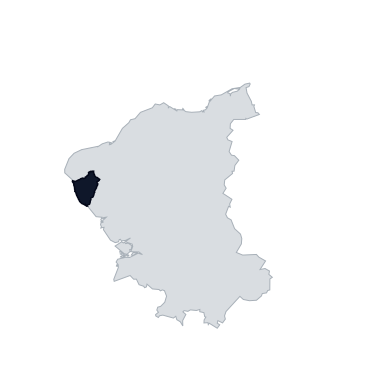 Ceará highlighted on a map of Brazil, rotated 215°
{"feature_id": "BRA-621", "entity_name": "Ceará", "entity_type": "State", "adm_level": 1, "iso_a3": "BRA", "parent_name": "Brazil", "parent_adm1": "", "projection": "orthographic", "projection_center": [-39.568, -5.32], "detail": "fine", "context": "in_parent", "style": "filled", "palette": "ink", "viewbox_px": 384, "rotation_deg": 215, "n_neighbors": 0, "source": "natural_earth", "source_scale": "10m", "svg_char_len": 7442}
<svg xmlns="http://www.w3.org/2000/svg" viewBox="0 0 384 384"><g transform="rotate(215 192 192)"><path d="M110.1,97.2L113.1,100.0L117.0,98.4L118.2,100.3L120.4,97.5L125.7,94.5L126.9,91.9L130.4,90.3L130.7,88.6L126.8,88.2L125.9,81.3L122.7,77.0L127.1,79.0L131.2,78.7L134.0,80.9L134.9,78.1L145.3,74.4L147.6,72.0L147.6,69.9L150.6,69.7L151.5,70.7L150.5,74.2L153.1,75.1L154.0,78.0L152.1,80.3L151.1,86.1L153.1,92.1L158.0,95.4L160.1,94.8L161.2,92.9L163.1,93.2L168.8,89.9L176.0,90.7L174.9,88.1L176.0,86.4L177.4,87.1L182.2,85.7L187.5,88.7L189.8,87.1L194.8,88.1L204.5,74.2L206.0,75.6L209.1,88.1L210.7,90.1L214.0,91.1L214.3,94.3L208.8,100.5L205.5,102.6L201.0,111.0L196.7,112.3L201.2,112.4L207.9,108.0L209.3,113.4L211.1,115.0L218.1,113.0L216.0,119.1L218.7,114.2L221.9,111.4L223.5,112.2L224.3,111.3L223.6,109.1L225.8,106.5L231.2,105.8L242.9,110.3L243.8,112.6L245.4,111.0L248.2,112.8L248.9,114.7L247.5,116.1L248.1,116.8L249.6,115.5L249.9,116.8L248.6,118.1L247.7,122.3L249.6,120.5L250.9,117.5L251.2,119.7L256.4,116.8L268.8,120.3L278.6,119.9L288.3,125.5L296.7,133.3L307.2,134.7L309.3,137.6L311.9,148.8L310.8,156.1L306.7,163.4L295.3,175.4L295.3,174.5L293.2,179.9L289.6,184.7L288.0,185.5L286.8,183.3L285.8,184.4L284.2,189.5L285.5,204.2L283.5,212.5L283.8,215.9L280.7,219.4L279.9,227.7L272.8,238.2L272.6,243.0L268.3,244.9L266.4,248.9L260.9,249.0L259.7,247.5L259.3,249.2L250.9,249.7L251.3,251.0L246.1,254.3L243.1,254.3L238.0,257.1L231.7,262.1L230.6,264.4L229.4,263.6L229.0,264.6L227.5,264.2L229.5,265.5L228.1,267.1L227.8,269.7L229.4,275.3L228.6,283.6L223.7,288.4L218.4,299.6L213.0,304.8L212.6,303.1L216.7,301.0L219.8,294.8L219.7,293.7L217.3,294.4L215.5,292.5L216.5,294.4L216.1,296.7L212.8,300.5L212.0,303.4L212.5,305.1L210.5,310.7L207.2,314.3L206.3,313.8L205.8,311.0L207.6,308.5L203.7,304.6L195.4,300.3L192.7,297.8L190.8,299.2L190.3,297.5L185.4,293.6L183.5,294.7L181.3,294.2L188.9,283.2L190.1,283.2L189.7,282.2L199.4,275.4L199.7,269.9L197.3,266.0L193.8,266.1L194.9,256.7L192.5,255.3L188.1,256.3L184.8,246.4L180.8,244.8L178.1,246.1L171.9,244.9L172.1,238.3L169.5,233.2L171.1,231.9L169.4,230.5L172.1,220.7L169.7,216.3L166.2,214.7L165.9,208.6L155.1,208.9L154.3,203.8L152.0,201.5L153.8,201.3L151.7,193.1L148.2,191.2L144.0,191.6L136.1,186.4L128.1,185.3L124.5,182.4L121.8,177.8L121.0,167.9L114.3,169.4L103.4,177.8L99.9,177.0L92.2,177.7L91.8,167.5L88.3,171.2L83.2,171.7L81.8,168.6L77.3,168.2L78.3,165.4L72.1,156.4L73.5,154.7L73.1,152.1L76.2,149.1L75.5,146.7L77.1,140.3L82.6,135.9L88.3,133.4L92.9,134.0L95.6,113.6L94.3,109.2L91.8,107.0L91.9,102.3L97.0,101.5L96.1,99.0L93.1,99.1L93.2,94.9L102.6,94.4L102.6,92.7L104.0,94.1L107.1,91.6L108.7,94.2L108.9,97.5L110.1,97.2ZM212.1,102.6L224.0,103.6L221.1,110.8L219.0,110.9L218.6,112.2L216.8,111.6L214.9,113.5L210.4,113.5L208.8,110.0L210.0,109.1L208.6,107.8L209.5,103.7L212.1,102.6ZM202.0,111.4L203.8,106.3L205.6,105.5L205.5,108.6L202.0,111.4ZM215.3,100.1L214.2,102.0L211.5,101.6L211.9,100.4L215.3,100.1ZM211.3,98.1L210.8,102.0L209.7,101.6L211.3,98.1ZM217.2,102.5L215.5,102.8L214.7,102.5L216.8,101.3L217.2,102.5ZM209.5,102.8L207.7,104.1L207.0,103.4L208.3,102.3L209.5,102.8ZM212.7,99.3L211.8,98.5L213.3,97.7L213.4,98.5L212.7,99.3ZM211.8,89.3L210.8,89.5L210.6,88.1L211.5,88.0L211.8,89.3ZM230.0,278.7L229.6,277.6L230.3,276.5L230.5,276.8L230.0,278.7ZM247.1,253.9L247.4,255.2L246.2,254.9L247.1,253.9ZM228.8,270.5L228.3,269.8L229.0,269.1L229.3,269.3L228.8,270.5ZM249.3,119.7L248.5,121.2L249.3,119.1L249.3,119.7ZM287.3,185.7L286.2,186.1L286.9,185.0L287.3,185.7ZM253.9,250.2L252.8,250.6L252.5,250.4L253.2,249.8L253.9,250.2ZM285.4,188.3L284.9,189.1L284.7,188.6L285.4,188.3ZM246.0,109.7L246.1,110.5L245.8,110.4L246.0,109.7Z" fill="#d9dde1" stroke="#a8b0b8" stroke-width="1"/><path d="M270.3,120.9L270.3,120.7L270.2,120.5L270.2,120.3L270.1,120.2L269.9,120.2L270.1,120.0L270.6,120.0L270.8,120.0L271.0,120.0L271.3,120.2L271.2,120.0L271.3,120.0L272.3,119.9L272.5,120.0L272.6,119.9L272.9,119.9L273.0,120.0L273.4,119.8L273.5,119.8L274.6,119.7L275.0,119.5L275.1,119.4L275.3,119.4L275.8,119.5L276.6,119.5L277.2,119.6L277.3,119.6L277.4,119.8L277.5,119.8L277.6,119.7L277.8,119.7L278.0,119.8L278.4,119.8L278.5,119.8L279.0,120.1L279.3,120.2L279.6,120.6L279.8,120.6L280.1,120.8L280.1,121.0L280.3,121.0L280.3,120.9L280.5,120.9L280.7,121.0L280.9,121.0L281.2,121.4L281.7,121.6L282.3,122.0L282.6,122.0L282.8,122.1L283.0,122.3L283.6,122.7L283.8,122.9L284.1,122.9L284.1,123.0L284.3,123.1L284.5,123.3L284.8,123.3L285.0,123.4L285.2,123.5L285.3,123.7L285.4,124.1L285.6,124.0L285.8,124.2L286.1,124.3L286.3,124.5L286.6,124.8L286.8,124.9L287.0,125.1L287.5,125.3L288.0,125.5L288.3,125.3L288.4,125.5L288.6,125.7L288.7,125.9L288.8,126.1L288.8,126.3L289.3,126.8L289.7,127.0L289.8,127.0L290.2,127.6L290.7,128.3L291.2,128.8L291.8,129.3L292.3,129.7L292.5,129.8L292.9,129.9L293.3,130.7L293.4,130.9L293.7,131.1L293.9,131.3L294.2,131.4L294.4,131.5L294.5,131.4L295.1,131.6L295.8,131.8L296.0,132.0L296.3,132.7L294.4,133.4L294.1,133.5L293.2,134.2L293.1,134.3L292.7,135.3L291.9,136.8L291.4,137.5L291.2,137.7L291.1,137.8L290.9,138.3L290.9,138.7L290.9,138.8L290.7,139.0L290.5,139.3L290.5,139.5L289.7,140.4L289.7,140.5L289.4,140.8L289.2,140.9L288.9,140.9L288.7,140.7L288.5,140.8L288.4,140.9L288.2,141.0L288.1,141.3L288.0,141.5L287.9,141.6L287.8,141.8L287.6,142.0L287.6,142.3L287.5,142.5L287.4,142.8L287.5,142.9L287.6,143.0L287.8,142.9L287.9,143.0L287.7,143.3L287.2,144.6L287.1,144.8L287.2,145.0L287.3,145.1L287.3,145.3L287.3,145.5L287.1,145.8L286.6,146.1L286.6,146.3L286.5,146.5L286.6,146.8L286.8,146.9L286.9,147.0L287.0,147.2L287.0,147.4L287.0,147.5L287.0,147.8L287.1,148.0L287.3,148.0L287.4,148.3L287.5,148.3L287.8,148.4L287.8,148.5L287.9,148.8L287.8,149.1L287.7,149.3L287.6,149.5L287.4,149.7L287.3,149.8L287.2,149.8L287.3,150.0L287.2,150.3L287.0,150.5L286.8,150.6L286.8,150.8L286.6,150.9L286.6,151.0L286.4,151.1L286.1,151.1L286.0,151.4L285.9,151.5L285.8,151.4L285.7,151.4L285.6,151.6L285.4,151.8L285.3,152.0L285.2,152.1L285.1,152.3L284.9,152.2L284.7,152.2L284.5,152.3L284.4,152.4L284.2,151.8L284.2,151.7L283.8,151.5L283.3,151.3L283.2,151.2L282.9,150.9L282.8,150.6L282.7,150.5L282.7,150.4L282.4,150.3L282.1,150.3L281.9,150.1L281.5,150.0L281.5,149.9L281.4,149.9L281.1,149.7L280.8,149.3L280.6,149.2L279.4,149.1L278.9,149.1L278.7,149.2L278.4,149.3L278.1,149.4L278.0,149.5L277.4,149.5L276.7,149.4L274.9,149.4L275.0,148.9L274.9,148.8L274.8,148.7L274.7,148.3L274.7,148.2L275.1,146.9L275.6,146.2L275.7,145.9L275.7,145.6L275.5,145.4L275.4,145.2L274.4,144.9L274.2,144.8L273.9,144.7L273.7,144.5L273.8,144.2L273.6,143.8L273.4,143.5L273.3,143.4L273.2,142.9L273.3,142.5L273.3,142.4L273.3,142.1L273.2,142.1L272.8,140.8L272.8,140.7L272.6,140.4L272.7,140.2L272.6,139.7L272.5,138.8L272.4,138.4L272.4,138.2L272.5,137.8L272.5,137.7L272.3,137.1L272.3,136.7L272.2,136.5L272.0,136.4L271.9,136.3L271.8,136.2L271.7,136.0L271.5,135.9L271.5,135.6L271.5,135.4L271.6,135.2L271.5,134.9L271.4,134.7L271.3,134.4L271.2,134.2L271.1,133.9L271.0,133.7L270.8,133.5L270.7,133.4L270.7,132.6L270.7,132.4L270.4,132.0L270.4,131.8L270.4,131.6L270.4,131.4L270.3,131.1L270.4,130.8L270.4,130.7L270.6,130.4L270.8,130.2L271.0,130.1L271.1,129.9L271.4,129.4L271.3,129.0L271.3,128.8L271.1,128.5L271.0,128.4L270.9,128.2L270.7,128.1L270.4,127.6L270.3,126.9L270.1,126.3L270.1,126.1L270.0,125.9L269.8,125.7L269.6,125.4L269.5,125.1L269.5,124.9L269.4,124.7L269.2,124.2L269.0,123.6L269.0,123.4L269.0,123.2L269.1,122.9L269.4,122.5L270.2,121.3L270.2,121.2L270.3,120.9L270.3,120.9Z" fill="#0f172a" stroke="#020617" stroke-width="1.5"/></g></svg>